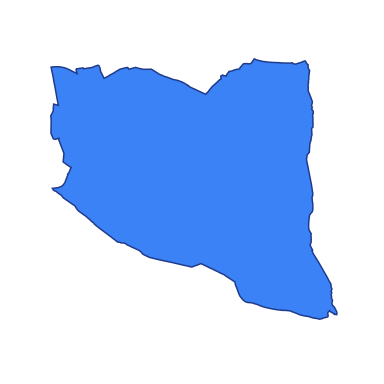 the district of Sandulesti, Cluj, Romania, rotated 260°
{"feature_id": "2599482B43869878211942", "entity_name": "Sandulesti", "entity_type": "district", "adm_level": 2, "iso_a3": "ROU", "parent_name": "Romania", "parent_adm1": "Cluj", "projection": "orthographic", "projection_center": [23.724, 46.589], "detail": "fine", "context": "isolated", "style": "filled", "palette": "blue", "viewbox_px": 384, "rotation_deg": 260, "n_neighbors": 0, "source": "geoboundaries", "source_scale": "gbopen_adm2", "svg_char_len": 5934}
<svg xmlns="http://www.w3.org/2000/svg" viewBox="0 0 384 384"><g transform="rotate(260 192 192)"><path d="M46.1,313.2L47.0,313.6L47.8,313.7L49.1,313.7L51.6,312.9L53.3,312.4L54.2,312.1L55.9,310.8L56.7,310.6L58.5,310.5L59.1,310.8L59.9,311.3L60.7,311.4L61.3,311.5L62.3,311.1L63.0,311.0L64.0,311.1L64.8,311.3L65.4,311.3L65.9,311.2L66.7,311.3L68.7,312.1L69.1,312.2L69.6,311.9L70.3,311.8L71.1,312.3L72.0,312.9L72.5,313.0L73.9,312.5L76.7,312.8L78.5,312.5L79.7,311.8L84.1,310.5L98.0,305.5L102.1,304.0L109.6,300.9L113.4,299.9L113.7,300.7L116.5,299.8L119.5,299.0L120.2,299.7L121.4,300.4L124.2,301.1L128.9,301.7L130.0,302.1L130.7,302.0L132.4,301.3L133.4,300.9L135.0,300.6L136.0,300.7L138.1,300.9L141.9,301.7L146.1,302.9L148.2,303.6L148.8,303.9L149.5,304.4L150.3,305.3L150.8,306.0L151.7,307.0L152.6,307.5L153.7,307.9L155.8,308.4L157.8,308.6L160.3,309.0L162.1,308.9L163.2,309.0L164.6,309.2L165.6,309.2L167.7,310.3L169.8,310.7L178.8,310.9L204.2,310.4L208.8,312.0L210.7,314.4L219.6,316.6L222.1,318.1L223.1,318.4L223.7,318.4L224.8,319.0L225.8,319.2L226.4,319.5L227.0,319.9L227.6,320.1L228.3,320.1L229.5,320.3L232.3,320.6L233.3,320.7L234.0,321.0L234.7,322.2L234.9,322.4L235.8,322.5L236.4,322.7L237.3,322.8L237.8,323.0L238.5,322.9L239.3,323.2L240.0,323.2L244.0,324.0L246.6,324.0L247.0,324.2L247.9,324.9L248.2,325.0L248.3,324.9L248.5,325.1L248.8,325.2L250.0,325.2L250.4,325.4L250.7,325.4L251.0,325.3L251.9,324.6L253.1,324.3L253.4,324.5L253.7,324.8L254.0,325.0L255.3,325.0L255.9,324.8L256.5,324.8L256.8,324.9L258.8,325.9L259.2,326.1L261.0,326.1L262.3,325.8L263.7,325.6L266.2,325.1L266.7,324.8L267.0,324.7L268.1,324.9L269.0,324.5L269.8,324.2L271.8,324.1L272.4,324.1L274.3,324.6L275.0,324.8L275.6,324.8L276.4,324.7L276.7,324.7L277.1,324.8L277.9,325.3L279.4,325.5L280.1,325.9L280.4,326.0L281.3,325.9L282.7,326.6L284.4,326.9L285.4,327.0L286.7,327.4L287.8,328.0L288.7,327.8L288.9,327.8L289.4,328.3L289.7,328.4L290.3,328.6L290.8,328.9L291.2,328.9L291.7,328.8L292.7,328.2L293.3,328.0L294.6,328.0L297.3,328.4L297.6,328.2L297.8,327.8L298.2,327.5L299.0,327.2L299.6,326.9L300.1,326.8L300.9,326.5L301.2,326.5L301.5,326.0L301.4,325.1L300.7,322.0L300.5,320.0L300.1,317.5L300.0,316.4L300.3,315.3L300.4,314.4L300.7,314.0L301.7,313.4L301.8,313.1L302.0,310.4L302.6,307.4L303.3,303.8L304.5,299.0L305.6,293.8L306.8,289.2L307.7,286.5L308.2,284.6L310.6,279.0L312.3,276.4L309.6,273.8L308.7,272.7L308.2,272.0L308.3,270.6L308.6,269.0L308.9,268.6L309.0,268.1L309.0,267.4L309.2,266.9L309.2,266.2L309.3,265.7L309.3,265.2L309.1,264.4L308.6,264.1L308.3,263.5L307.4,262.8L307.1,262.4L306.7,261.3L306.3,261.0L305.4,260.7L305.2,260.5L305.1,260.2L305.0,259.5L305.0,257.3L304.9,255.8L304.7,254.0L304.2,252.2L304.3,249.8L304.3,249.3L304.1,249.2L303.7,249.2L302.7,247.7L302.2,247.2L301.5,246.6L300.3,246.0L300.4,245.6L300.7,245.1L301.1,243.1L301.2,242.9L301.8,242.7L301.9,242.3L301.7,241.8L301.2,240.6L301.0,240.4L300.7,240.3L298.5,240.4L298.3,240.2L297.6,238.4L295.2,234.9L292.4,230.3L289.2,226.6L287.3,224.6L287.2,224.0L285.9,222.6L288.1,219.2L295.5,208.6L296.7,207.2L298.1,205.9L298.1,206.1L301.5,202.1L303.3,199.2L304.7,196.6L305.9,193.3L309.5,187.3L310.3,185.5L312.4,182.3L313.7,180.3L320.0,173.3L320.1,172.5L320.8,168.0L321.3,165.3L323.1,160.9L324.5,158.1L323.9,151.2L325.8,150.3L325.9,148.3L325.4,142.2L323.7,137.7L322.7,135.3L321.5,131.7L320.4,129.0L319.2,125.1L320.8,124.7L322.6,124.1L325.0,123.5L325.8,123.1L326.4,123.0L329.5,122.9L330.7,122.8L332.7,122.2L333.0,121.8L333.1,121.2L333.1,120.8L332.6,117.8L332.6,117.3L332.3,116.6L332.0,114.9L332.0,114.2L332.1,110.3L332.1,108.2L332.2,106.7L333.2,106.2L333.2,104.0L333.3,100.1L333.3,99.5L333.0,99.2L331.7,99.0L330.8,99.1L330.4,99.4L329.3,99.3L328.6,99.4L329.6,97.9L333.6,92.6L335.6,89.6L336.7,87.5L337.9,84.4L338.5,82.5L339.0,79.7L339.4,76.3L339.4,74.9L330.2,75.2L329.4,75.2L321.6,75.2L320.4,75.3L308.2,75.3L300.6,75.4L301.0,74.6L302.6,71.0L300.2,70.4L299.1,70.0L296.1,69.5L293.4,67.6L291.7,66.2L287.5,65.8L285.1,65.4L274.4,63.3L272.7,63.6L268.4,64.7L268.1,65.3L267.6,66.8L267.9,69.1L268.0,70.3L266.9,69.8L264.2,70.3L259.0,71.3L252.1,72.6L249.6,71.8L248.2,71.5L244.0,70.3L239.7,74.4L237.1,77.3L236.1,76.4L232.4,74.2L231.9,73.6L231.4,72.8L231.1,72.6L230.8,72.5L230.3,72.6L229.6,72.2L225.7,69.8L223.9,68.8L222.9,68.0L222.0,67.1L220.7,65.4L220.1,64.2L219.8,62.7L219.6,61.1L219.6,59.3L219.8,55.1L217.8,56.0L217.4,56.3L216.3,58.1L215.6,58.8L214.7,59.5L213.6,60.5L211.5,62.7L208.8,64.1L208.2,64.6L203.1,69.8L201.9,70.9L199.0,74.0L198.1,74.5L195.5,75.5L194.1,76.3L193.2,76.8L192.3,77.6L191.5,78.4L186.2,83.6L179.4,88.9L178.7,89.7L177.4,90.3L176.1,91.3L172.2,94.7L164.6,101.9L155.5,110.2L155.4,111.1L155.2,111.8L154.9,112.2L154.5,112.7L154.2,113.3L154.1,114.0L153.9,114.9L153.9,115.0L153.6,115.8L153.5,116.5L153.2,116.8L152.5,117.7L150.8,119.4L150.3,120.2L149.1,122.1L147.9,123.4L147.3,124.6L146.8,125.3L145.8,126.7L144.5,128.6L143.8,129.5L143.4,130.0L141.2,131.8L140.5,132.2L139.5,132.5L138.5,133.8L135.0,138.7L130.8,148.3L126.2,159.7L120.7,172.6L120.1,174.3L119.0,176.6L118.1,178.9L118.4,180.1L118.8,182.1L118.9,183.2L119.9,188.4L116.8,192.8L113.7,197.0L112.6,198.7L110.8,201.1L109.8,202.5L106.4,207.1L105.7,208.2L105.4,208.7L105.1,209.1L102.9,211.2L97.6,216.9L96.0,218.6L92.9,218.7L88.7,219.6L85.2,220.2L83.5,220.5L81.7,221.0L80.8,221.3L77.6,223.0L76.4,223.9L74.6,225.6L74.1,226.5L73.5,227.8L73.0,229.6L72.5,231.7L72.0,232.6L71.4,233.6L70.1,236.4L69.4,237.6L68.0,239.6L65.9,243.5L64.8,246.1L62.6,251.5L62.4,252.3L61.0,256.1L60.5,258.1L59.7,260.6L59.3,262.9L58.3,266.6L57.6,268.6L56.8,269.6L54.8,273.1L52.6,276.5L51.7,278.2L50.4,281.4L48.9,285.7L47.5,288.2L46.5,290.5L45.6,293.5L44.7,295.1L44.6,298.0L44.9,298.4L45.1,299.0L45.2,301.7L45.4,304.0L46.4,304.6L48.5,304.6L49.0,304.6L49.4,304.8L49.8,305.0L50.2,305.4L50.6,306.2L51.3,306.8L50.2,307.6L49.4,308.2L48.4,309.9L48.1,309.9L47.6,310.2L47.4,310.6L47.2,310.9L46.7,311.0L46.6,311.4L46.8,311.9L46.7,312.3L46.2,312.6L46.1,313.2Z" fill="#3b82f6" stroke="#1e3a8a" stroke-width="1.5"/></g></svg>